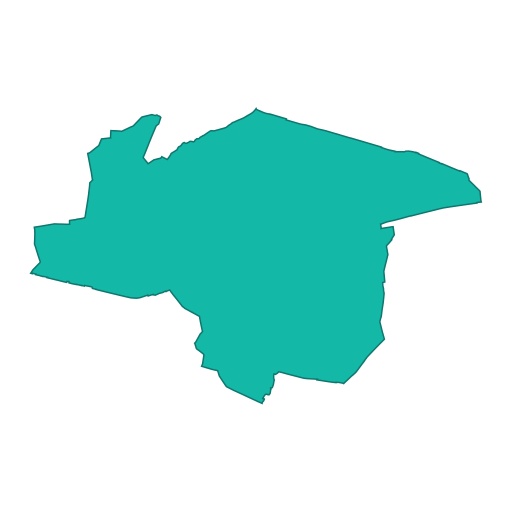 Glūdas pag., Jelgava, Latvia (Albers equal-area conic projection)
{"feature_id": "27541924B80569241121500", "entity_name": "Glūdas pag.", "entity_type": "district", "adm_level": 2, "iso_a3": "LVA", "parent_name": "Latvia", "parent_adm1": "Jelgava", "projection": "albers", "projection_center": [23.526, 56.61], "detail": "fine", "context": "isolated", "style": "filled", "palette": "teal", "viewbox_px": 512, "rotation_deg": 0, "n_neighbors": 0, "source": "geoboundaries", "source_scale": "gbopen_adm2", "svg_char_len": 5791}
<svg xmlns="http://www.w3.org/2000/svg" viewBox="0 0 512 512"><path d="M163.2,292.3L164.1,291.7L165.6,291.2L166.0,291.6L166.5,291.2L169.7,290.0L170.1,290.5L170.6,291.3L173.5,295.2L175.5,297.6L181.6,305.4L182.4,306.5L183.2,307.0L184.5,308.1L184.7,308.3L185.0,308.5L194.4,313.6L199.5,316.4L200.6,322.7L202.4,331.2L202.6,331.5L200.2,334.0L195.9,341.8L194.7,343.2L194.8,343.3L196.0,347.4L196.4,348.5L196.8,349.0L199.3,350.8L203.4,354.0L203.7,354.5L203.9,355.1L202.6,363.8L201.6,366.3L211.8,369.3L217.7,370.7L219.3,376.0L226.0,386.1L226.9,386.9L233.8,390.4L242.6,394.4L244.9,395.5L257.8,401.5L262.1,403.4L262.3,402.3L263.6,400.9L264.4,399.1L263.9,398.6L263.2,398.8L262.7,398.6L263.1,397.6L264.1,396.1L265.4,394.4L266.0,394.2L266.6,394.3L267.4,394.4L267.5,394.6L268.6,394.8L269.1,394.8L270.1,393.4L270.6,390.4L270.7,389.9L271.0,389.2L271.0,388.9L270.7,388.7L270.5,388.1L270.6,387.9L270.9,387.7L271.5,387.9L272.0,387.8L272.4,387.3L272.7,386.6L273.0,385.6L273.3,384.8L273.5,383.8L273.7,382.9L273.8,382.1L274.0,381.1L274.1,380.5L274.3,380.1L274.2,379.8L274.0,379.1L273.7,378.4L273.7,376.9L273.7,375.9L273.7,375.2L273.9,374.4L274.0,374.0L275.4,374.4L275.9,374.1L277.0,373.5L278.0,372.6L278.7,371.8L281.2,372.3L288.1,374.2L304.1,378.3L306.4,378.5L307.0,378.6L317.4,379.2L317.0,379.9L330.0,381.9L335.7,382.6L336.2,382.6L336.1,382.2L336.6,382.2L336.8,382.3L337.0,382.3L339.3,382.5L342.4,383.1L342.9,383.2L343.3,383.4L343.7,383.6L344.2,383.0L346.9,380.5L348.6,378.9L351.4,376.2L352.8,375.1L355.1,373.0L356.0,372.1L356.9,371.0L361.0,365.4L364.5,360.8L364.4,360.7L366.2,358.3L366.3,358.3L366.4,358.1L366.5,357.9L366.6,357.7L367.5,356.6L367.8,356.3L373.0,350.8L378.7,344.9L381.6,342.0L384.4,339.2L382.4,332.2L379.8,321.7L381.0,317.0L381.2,316.9L382.1,309.7L383.0,303.8L383.2,302.6L383.9,295.7L384.1,293.2L383.6,290.8L383.5,288.5L382.8,285.4L382.8,284.6L382.7,282.5L384.8,282.0L383.8,271.3L385.3,265.0L386.5,260.3L387.3,257.0L387.3,256.7L387.9,254.7L386.9,248.9L386.5,246.6L386.6,245.6L388.8,243.3L391.8,239.8L391.7,239.7L391.4,239.9L391.3,239.5L394.3,234.8L393.7,231.0L393.7,230.9L393.1,226.7L392.7,226.7L382.3,228.3L381.1,228.6L381.1,227.2L380.8,225.4L380.6,224.1L381.4,224.0L386.6,222.0L395.0,220.1L401.8,218.3L410.8,215.8L410.9,216.0L421.9,213.2L440.3,208.6L441.1,208.5L442.8,208.0L449.8,206.9L461.4,205.2L477.1,203.0L477.1,202.5L481.3,202.0L480.9,200.5L480.0,191.3L479.7,190.9L468.9,180.2L469.0,179.2L469.1,178.9L468.4,177.2L468.2,176.7L467.6,174.7L467.2,173.9L467.1,173.7L459.9,170.7L459.7,171.1L451.0,167.5L441.8,163.6L441.7,163.9L439.1,162.8L439.2,162.5L429.0,158.3L424.2,156.3L418.5,153.9L418.7,153.4L416.0,152.3L415.9,152.8L414.5,152.2L413.5,151.9L411.5,151.5L408.4,151.1L405.7,151.2L404.7,151.7L404.0,151.8L401.0,151.7L395.2,151.7L395.3,151.3L394.0,151.0L391.2,150.4L391.2,150.5L386.6,149.3L381.4,147.5L381.5,147.1L356.4,139.7L351.0,138.1L350.9,138.2L325.8,130.8L323.8,130.3L317.5,128.9L310.8,126.4L306.0,125.0L300.5,124.1L286.1,119.9L286.4,118.9L270.2,114.1L270.2,114.3L265.8,113.3L263.9,112.7L256.5,109.5L256.1,108.6L255.5,109.5L253.5,111.7L252.4,112.7L250.2,114.1L247.3,115.7L243.7,117.9L241.4,118.9L238.4,120.1L236.7,120.9L236.0,121.1L235.6,121.4L234.1,122.1L232.9,122.4L231.4,123.4L231.0,123.9L228.9,125.2L227.9,126.0L226.9,126.9L226.2,127.4L225.1,127.8L224.2,128.1L223.5,128.3L214.4,130.8L214.0,130.9L211.2,130.7L210.8,130.8L210.1,131.1L209.4,131.6L208.6,132.1L203.6,135.5L203.4,135.6L202.9,135.7L201.8,136.4L200.0,137.4L199.1,138.5L198.6,138.7L197.2,138.7L196.7,138.8L195.0,140.2L194.4,141.4L193.9,141.7L193.4,141.9L192.2,141.5L190.6,141.3L189.7,141.5L188.8,142.2L187.1,143.0L186.3,143.3L185.5,143.3L184.2,142.5L183.4,142.8L182.4,143.6L180.7,145.9L178.6,146.9L177.6,148.4L177.2,149.5L176.7,150.0L176.0,150.4L174.7,151.3L171.5,153.2L171.1,153.5L170.9,154.0L170.5,154.9L169.8,156.0L167.3,159.5L161.9,156.8L161.8,156.7L160.6,158.3L160.2,158.3L157.4,158.9L157.4,159.0L154.0,159.8L148.1,163.7L143.2,157.6L143.2,157.4L145.2,152.7L146.5,149.4L148.0,145.7L149.3,142.3L152.3,135.0L156.2,125.8L158.7,123.9L160.2,119.2L160.8,117.4L159.7,116.3L159.6,116.2L158.2,115.9L157.4,115.3L157.0,115.0L156.5,115.0L156.2,115.1L155.5,115.5L155.3,115.5L154.7,115.4L151.8,114.6L144.0,116.5L142.0,117.0L141.8,117.2L141.4,117.5L140.3,118.6L138.2,120.8L138.0,121.0L133.6,125.6L133.2,126.0L132.5,126.3L130.8,127.0L127.0,128.8L121.7,131.3L119.0,131.0L110.9,130.6L110.5,137.6L110.6,137.9L101.5,138.9L101.4,139.2L99.6,143.6L98.8,145.6L96.8,147.1L89.4,153.0L89.3,152.9L87.7,153.4L91.2,171.7L91.2,171.9L91.3,172.2L91.9,176.1L92.0,177.0L92.4,179.5L92.7,179.9L89.9,182.7L89.8,182.8L89.5,186.7L88.5,195.3L88.4,195.9L88.0,198.8L85.1,216.9L84.9,217.4L84.7,217.6L84.3,217.9L82.8,218.3L79.3,218.9L78.6,219.0L77.1,219.2L76.6,219.3L76.1,219.5L75.9,219.6L73.8,219.9L72.0,220.1L69.6,220.5L69.5,221.3L69.6,224.2L67.8,224.3L66.9,224.3L61.7,224.1L60.3,224.1L54.3,223.9L42.0,226.0L41.5,226.1L34.3,227.2L34.3,227.6L34.4,227.8L34.5,228.7L34.6,229.1L34.7,229.4L34.8,230.4L34.8,231.1L34.8,232.3L34.9,233.2L34.7,239.8L34.6,241.7L34.5,243.7L34.5,244.0L35.8,247.8L37.0,251.9L37.3,252.6L38.0,255.0L40.2,261.6L40.2,262.1L39.9,262.7L33.1,269.6L32.4,270.6L31.6,271.9L30.7,273.3L32.4,273.7L32.5,273.2L34.1,273.7L36.0,274.2L35.8,274.7L39.7,275.6L40.5,275.9L43.1,276.6L43.5,276.4L47.3,277.3L47.2,277.5L47.7,277.5L47.6,277.8L53.7,279.3L58.4,280.4L63.9,281.8L66.7,282.4L67.0,281.4L69.0,281.6L69.0,282.9L72.1,283.7L76.7,284.6L76.7,284.4L81.6,285.6L81.6,285.4L84.4,286.1L84.6,285.4L85.7,285.7L91.8,286.9L92.4,287.7L92.4,288.4L93.1,288.6L96.2,289.3L96.1,289.5L104.1,291.5L119.4,295.2L127.5,297.1L130.7,297.8L132.6,298.0L135.1,298.1L135.4,298.1L136.4,298.2L138.0,298.0L140.0,297.7L141.8,297.1L147.8,295.1L148.1,296.0L153.0,294.4L153.1,294.9L154.6,295.0L155.2,295.2L159.3,293.4L162.5,292.6L163.2,292.3Z" fill="#14b8a6" stroke="#0f766e" stroke-width="1.5"/></svg>